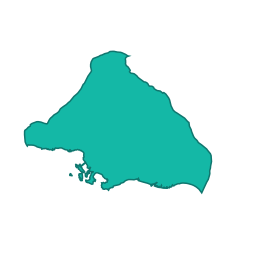 Massawa, Semenawi Keyih Bahri, Eritrea, rotated 113°
{"feature_id": "51966322B1208427285915", "entity_name": "Massawa", "entity_type": "district", "adm_level": 2, "iso_a3": "ERI", "parent_name": "Eritrea", "parent_adm1": "Semenawi Keyih Bahri", "projection": "mercator", "projection_center": [39.431, 15.642], "detail": "fine", "context": "isolated", "style": "filled", "palette": "teal", "viewbox_px": 256, "rotation_deg": 113, "n_neighbors": 0, "source": "geoboundaries", "source_scale": "gbopen_adm2", "svg_char_len": 5963}
<svg xmlns="http://www.w3.org/2000/svg" viewBox="0 0 256 256"><g transform="rotate(113 128 128)"><path d="M184.0,213.6L182.5,213.3L182.2,211.9L181.6,210.7L180.8,208.3L180.6,206.1L180.9,204.3L180.3,199.9L180.4,199.4L181.1,199.1L179.6,197.1L179.6,196.6L178.8,195.5L178.8,194.4L179.1,194.4L179.2,194.2L178.9,193.2L178.5,193.3L178.4,193.1L178.8,192.0L178.0,190.6L178.0,188.9L176.7,189.1L176.8,188.7L177.3,188.6L177.2,187.8L176.6,187.2L176.1,187.2L175.7,187.5L174.7,186.9L174.7,186.4L174.0,184.3L173.1,183.2L172.3,181.5L172.5,177.5L172.0,175.3L172.2,174.6L172.5,174.5L172.8,173.9L172.8,172.9L172.3,171.8L171.6,171.7L171.4,171.3L170.9,170.9L170.6,169.7L170.0,169.5L169.5,168.5L168.7,168.2L168.6,167.2L167.4,165.9L167.5,164.8L167.0,164.1L167.4,163.1L167.0,162.1L167.4,161.4L167.5,160.2L168.4,158.7L170.5,158.1L171.7,157.2L172.2,157.2L172.3,157.5L172.7,157.6L173.1,157.5L173.6,157.1L174.5,156.8L175.6,154.8L175.7,154.3L176.1,153.7L182.0,156.9L181.9,157.3L180.5,157.6L180.3,157.9L181.2,157.9L181.1,158.5L181.4,158.5L181.6,158.1L182.3,158.8L182.4,159.6L181.9,160.5L181.8,161.1L181.9,161.8L182.3,161.8L182.7,160.9L183.2,161.0L183.3,161.2L183.8,161.0L184.5,159.7L184.4,159.4L183.8,159.1L184.1,157.9L184.9,157.8L185.2,157.4L185.2,156.6L186.3,154.7L186.2,153.3L186.5,153.2L186.6,152.8L186.3,151.2L185.4,150.8L185.3,151.1L184.7,151.7L183.7,153.8L183.4,154.3L182.7,154.8L182.2,156.4L176.5,153.4L178.6,150.3L179.8,150.2L180.5,149.9L180.5,148.2L180.7,147.7L179.0,147.6L179.1,147.1L182.4,147.1L182.6,147.9L183.2,148.1L184.3,147.5L184.6,147.7L184.5,148.4L185.4,148.3L186.4,148.7L186.4,149.3L186.7,149.5L187.1,149.1L187.9,149.0L189.3,148.1L189.3,146.8L188.6,146.7L187.8,147.1L186.5,147.0L185.1,146.5L184.7,146.2L184.7,145.9L183.4,146.2L183.1,146.2L182.5,145.6L182.4,144.4L181.9,143.3L181.9,143.0L182.5,143.0L182.9,143.2L183.2,143.9L183.8,144.2L186.0,143.7L186.8,143.9L188.6,143.8L188.9,143.5L190.0,143.1L190.9,143.4L192.0,144.5L192.5,145.2L192.3,146.2L192.5,146.5L193.1,146.3L194.0,145.4L194.1,144.3L193.7,142.5L193.8,141.9L193.9,139.7L193.8,139.2L193.2,138.5L191.0,139.1L190.6,139.0L190.5,138.4L189.5,137.9L189.6,137.5L189.3,137.6L189.2,138.1L188.9,138.3L188.4,137.7L188.2,138.0L188.2,139.2L187.5,139.7L187.3,140.4L186.8,140.9L185.7,141.2L183.7,140.7L183.0,140.7L182.0,140.1L181.3,139.1L181.1,138.0L181.0,134.2L181.4,133.1L182.5,132.0L183.1,130.3L183.5,129.6L183.5,128.3L183.1,127.2L183.5,126.5L184.1,126.2L184.4,126.8L185.1,126.2L186.1,126.1L186.6,127.2L187.8,127.7L187.9,128.2L187.7,129.2L187.9,129.6L188.6,129.9L188.8,130.8L189.7,130.1L191.1,130.1L192.0,129.4L192.9,129.1L193.2,127.7L193.8,127.6L193.9,126.6L193.5,125.6L192.6,124.6L192.4,122.7L192.9,121.6L192.4,121.5L192.3,121.9L191.7,121.9L189.4,120.3L189.3,119.7L188.8,118.9L188.3,118.6L187.5,118.8L186.6,118.2L184.2,114.8L183.0,113.4L181.6,113.0L180.0,111.0L179.3,110.6L177.7,109.9L176.5,108.8L175.4,107.6L174.8,106.4L173.7,103.5L173.3,102.2L171.5,100.0L171.8,99.5L171.7,98.9L171.0,99.0L170.3,98.7L171.0,98.2L171.3,97.5L171.5,97.4L172.0,98.0L172.3,97.9L172.3,97.3L171.9,93.4L171.2,88.4L171.1,84.9L170.4,83.9L170.8,83.9L171.3,84.5L171.7,84.6L172.3,84.1L172.3,83.8L169.5,82.4L169.7,82.1L169.6,81.7L168.5,81.5L167.8,80.7L167.1,80.5L167.0,80.3L167.1,80.0L168.1,80.6L170.3,80.9L171.0,81.2L171.0,81.7L171.0,79.8L170.8,79.7L170.6,80.0L170.2,79.9L169.9,78.7L169.9,78.1L170.2,78.0L170.6,78.1L170.8,79.1L170.9,78.8L170.8,77.2L170.0,76.5L170.4,76.4L170.6,76.5L170.6,76.2L170.5,75.9L170.2,75.8L170.1,74.9L167.7,74.8L168.0,74.5L169.9,74.4L169.9,73.7L169.3,72.1L168.6,71.9L168.4,71.7L168.5,71.1L169.3,71.4L168.2,68.5L168.0,68.2L167.7,68.3L167.1,67.4L166.7,66.0L166.6,66.9L165.6,66.7L165.6,66.4L165.8,65.8L165.2,65.0L164.7,64.8L163.8,65.1L163.2,64.8L163.6,64.6L163.4,63.2L162.8,63.1L162.4,62.8L159.7,60.2L159.4,59.1L158.1,57.6L157.2,56.0L156.1,52.8L155.7,51.0L155.2,47.0L155.2,45.0L155.6,42.0L156.6,38.7L158.9,34.8L147.1,34.4L143.9,34.0L139.2,34.6L137.9,34.9L135.9,35.9L134.9,36.2L132.9,36.4L130.7,37.1L126.3,38.0L121.0,40.7L119.5,42.1L117.3,46.3L116.6,47.4L114.8,53.5L114.0,57.2L113.6,58.1L113.1,58.6L112.3,60.0L111.4,62.5L110.8,63.4L110.2,64.3L106.5,68.0L104.8,69.3L102.4,72.1L99.1,74.1L98.8,75.5L96.8,79.7L95.1,88.7L94.8,91.0L93.9,93.4L90.7,97.1L85.9,100.7L84.4,102.4L82.0,106.4L81.4,108.9L82.3,109.6L81.4,112.8L82.1,115.7L82.1,116.5L81.6,119.3L80.5,120.4L80.2,122.3L81.1,124.7L80.7,125.6L79.6,126.9L79.0,128.3L78.9,129.9L79.3,131.4L77.9,137.2L77.4,138.8L76.5,140.3L75.7,143.4L75.9,145.0L76.3,146.1L76.3,147.2L75.7,148.6L74.0,148.5L71.9,151.6L71.5,152.7L71.4,153.8L69.8,155.5L69.2,155.5L66.6,156.7L65.8,157.3L64.2,157.6L62.7,156.8L61.5,155.5L61.7,156.4L61.2,158.9L61.1,162.7L61.2,164.3L62.3,167.6L62.9,170.8L63.6,172.4L64.6,174.4L66.7,175.8L68.6,178.4L70.9,180.4L72.0,181.8L73.6,182.9L77.4,186.9L78.3,187.4L81.7,187.7L84.2,187.2L86.1,186.4L88.9,184.4L89.6,184.0L90.3,183.9L96.0,185.1L102.7,185.5L104.0,185.6L105.4,186.3L110.1,186.5L115.0,187.7L116.7,188.4L120.1,190.1L126.4,191.9L127.6,192.7L130.5,193.9L133.7,196.0L136.7,197.7L140.0,198.1L142.3,199.3L144.8,201.2L147.7,202.4L148.8,203.0L150.3,203.5L151.8,203.7L155.3,203.9L155.9,204.3L156.4,206.7L156.6,210.5L157.3,213.3L158.0,214.6L161.3,218.1L163.0,219.2L164.4,218.7L166.3,220.1L168.6,220.9L170.4,222.0L171.4,221.9L174.6,220.6L181.0,217.2L183.0,215.1L184.0,213.6ZM171.6,171.7L171.6,172.1L172.0,172.0L172.2,172.6L172.1,173.0L171.1,173.3L170.7,172.9L170.7,172.6L171.6,171.7ZM167.7,68.3L168.3,69.1L168.2,69.4L167.6,69.2L166.5,69.6L167.7,68.3ZM194.8,150.5L194.2,149.6L193.6,149.8L193.1,150.6L192.7,150.6L192.2,150.2L191.4,150.6L191.1,150.6L188.1,152.2L187.9,152.5L188.0,153.4L188.6,153.7L189.2,154.9L189.7,155.1L190.1,154.8L190.7,154.8L191.5,154.2L191.7,153.7L192.9,153.6L193.0,153.4L193.0,152.8L192.5,152.8L192.5,152.6L192.6,152.4L194.3,152.1L194.9,151.0L194.8,150.5ZM194.3,163.1L194.4,162.8L193.9,161.9L193.9,161.0L193.5,161.0L193.3,161.5L193.2,162.6L192.9,163.0L192.5,163.0L192.6,163.3L193.3,163.2L193.6,163.4L194.3,163.1Z" fill="#14b8a6" stroke="#0f766e" stroke-width="1.5"/></g></svg>